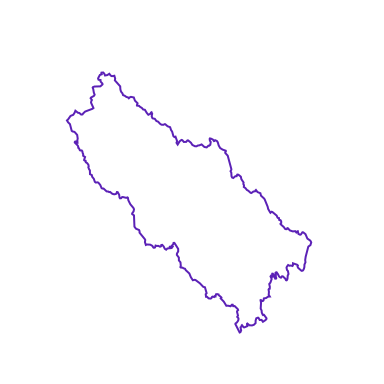 Tver', Natural Earth projection, rotated 62°
{"feature_id": "RUS-2358", "entity_name": "Tver'", "entity_type": "Region", "adm_level": 1, "iso_a3": "RUS", "parent_name": "Russia", "parent_adm1": "", "projection": "natural_earth1", "projection_center": [34.924, 57.251], "detail": "fine", "context": "isolated", "style": "outline", "palette": "violet", "viewbox_px": 384, "rotation_deg": 62, "n_neighbors": 0, "source": "natural_earth", "source_scale": "10m", "svg_char_len": 6064}
<svg xmlns="http://www.w3.org/2000/svg" viewBox="0 0 384 384"><g transform="rotate(62 192 192)"><path d="M312.3,129.2L313.3,130.7L313.4,131.3L313.0,132.3L308.8,133.9L307.3,133.8L306.6,133.0L305.5,133.4L302.4,136.3L303.9,137.1L304.5,138.0L303.4,139.1L302.8,140.6L301.6,141.4L302.5,143.3L303.2,144.1L305.4,144.7L306.9,144.4L309.7,145.3L310.7,146.7L313.5,148.5L314.4,149.7L314.4,150.0L314.0,150.4L312.5,150.3L309.3,151.3L308.7,152.0L309.4,153.7L308.3,154.5L307.1,154.8L304.9,154.7L302.6,155.0L302.4,155.8L302.7,156.4L304.6,156.9L306.0,157.7L307.6,158.0L307.9,158.4L307.6,159.2L306.0,159.2L303.3,158.7L302.0,159.0L301.8,159.5L302.8,160.2L304.0,160.2L304.6,160.8L304.3,161.3L303.1,161.7L303.4,162.3L306.2,162.5L308.8,165.3L309.5,167.0L312.3,167.8L313.9,168.8L313.7,169.6L314.1,170.2L316.4,171.0L318.7,172.5L320.8,172.4L320.1,173.9L320.4,176.4L319.7,178.5L321.3,179.8L321.5,180.7L321.2,181.3L319.7,181.9L319.7,182.3L322.3,183.1L327.2,186.1L329.3,186.2L331.2,187.0L333.6,187.2L334.0,187.1L334.1,186.2L334.3,186.1L338.4,185.5L339.0,185.8L339.6,187.2L339.9,190.3L337.6,190.6L336.8,192.3L334.2,192.4L333.9,192.8L333.7,194.5L335.4,196.2L337.6,197.4L338.3,199.7L338.0,201.6L336.7,203.8L334.1,204.9L334.2,205.3L334.6,205.5L336.4,206.1L336.1,209.4L335.7,209.9L333.0,210.4L333.1,210.8L334.0,211.4L334.3,212.7L337.3,213.6L338.5,215.1L338.4,215.9L328.9,215.7L328.5,215.3L328.3,213.7L327.2,211.6L325.9,210.5L325.1,210.3L323.5,210.7L322.7,209.4L318.9,208.5L318.4,208.1L317.9,206.7L316.8,206.6L312.7,207.9L312.2,209.1L310.6,209.0L310.3,209.7L311.0,210.3L310.6,211.2L310.9,211.7L309.2,213.7L308.6,215.1L303.7,215.4L299.5,216.6L299.1,215.6L298.7,215.6L295.4,216.9L294.9,216.7L293.9,217.8L293.6,218.9L295.3,220.3L294.6,221.0L295.1,221.8L294.0,223.0L294.1,223.7L294.9,224.8L294.8,225.7L293.7,227.3L291.6,227.9L291.1,228.8L288.7,227.9L288.2,226.6L282.2,225.3L281.0,226.6L276.3,227.9L271.4,230.2L270.8,230.8L270.3,232.7L266.6,233.0L262.7,232.6L258.1,234.2L256.5,234.2L255.3,235.4L254.4,235.8L253.5,237.3L252.8,237.5L252.0,236.6L248.7,235.2L246.3,235.7L243.7,234.4L240.4,234.9L239.3,234.2L238.0,232.1L235.7,230.9L229.0,231.4L228.5,231.6L228.3,232.2L229.3,233.1L230.0,235.1L231.1,234.6L231.9,236.3L231.6,237.1L230.5,236.5L229.9,237.2L230.0,237.5L230.8,237.9L231.0,238.4L230.3,240.3L230.8,241.9L229.3,242.7L226.9,242.6L224.7,243.1L224.4,244.0L225.4,244.9L225.3,245.9L223.7,247.1L223.2,248.3L222.2,249.3L223.6,250.7L223.4,251.8L222.8,252.2L220.9,252.3L218.9,253.6L217.2,256.4L217.1,257.6L214.2,257.1L212.4,255.8L211.5,255.8L203.3,257.4L201.9,256.7L200.7,256.6L198.1,258.7L195.6,259.1L185.4,254.2L183.4,255.2L182.8,254.9L181.7,252.7L180.0,251.3L178.6,251.2L173.9,252.2L169.5,252.1L166.9,251.3L166.4,251.6L166.3,252.8L163.9,255.5L163.7,256.2L164.2,257.5L163.8,258.5L162.9,258.6L160.2,257.6L157.2,257.7L156.8,258.3L157.9,259.6L158.0,260.2L157.5,261.8L156.2,263.2L153.5,264.3L153.2,265.2L152.3,265.7L151.4,267.1L147.4,268.5L146.9,269.5L146.2,270.0L142.7,269.7L139.8,270.3L139.1,270.9L138.5,272.5L137.4,273.0L134.2,272.5L131.7,273.0L130.0,272.5L128.4,273.7L124.9,272.0L123.6,272.2L121.4,271.9L120.9,271.2L119.3,270.7L117.3,271.0L115.9,271.8L114.5,271.3L114.0,272.0L113.1,272.3L110.9,270.0L108.9,271.1L107.5,270.3L106.0,270.2L104.6,269.7L103.5,269.9L102.9,271.1L102.5,271.4L100.3,271.3L99.6,271.7L98.3,271.1L97.2,271.1L93.3,272.3L92.9,272.1L92.6,271.6L92.8,270.9L94.6,270.4L94.8,270.0L92.6,269.0L91.1,267.8L87.7,266.6L84.2,267.4L83.6,267.7L82.4,269.1L81.5,269.5L74.8,267.9L72.2,268.7L70.1,268.8L69.8,267.5L67.8,263.5L68.1,260.6L66.8,258.3L65.5,256.8L68.5,255.5L69.3,254.4L71.6,253.5L72.1,252.3L71.5,251.1L70.8,248.6L71.8,240.8L71.6,239.6L65.7,239.2L64.4,238.2L63.8,237.2L61.6,237.5L61.2,236.9L61.1,233.5L60.4,232.3L58.1,232.0L54.8,230.9L53.2,230.7L52.9,230.2L53.1,228.6L55.7,223.3L55.0,220.5L54.2,220.2L51.5,220.9L50.2,220.2L49.0,221.8L47.8,221.7L47.2,221.1L45.4,218.4L45.7,216.5L44.5,216.3L44.1,215.9L44.8,214.3L46.3,213.9L48.3,214.1L49.0,211.9L48.8,209.5L50.7,209.2L51.8,208.7L52.4,207.7L52.9,206.0L55.8,206.6L57.2,207.7L65.0,205.8L67.6,207.0L69.2,207.4L70.4,207.5L72.3,207.1L74.1,207.4L75.3,206.3L77.3,205.3L78.4,204.1L79.6,203.8L79.2,202.2L79.3,201.3L81.2,199.0L84.5,199.5L88.1,198.4L89.5,199.9L89.9,200.0L91.1,198.3L92.2,198.0L94.3,196.8L96.2,196.4L97.3,195.0L100.9,194.8L103.3,194.3L103.4,192.0L102.6,191.0L102.6,190.3L104.2,190.4L106.1,192.0L108.0,192.3L108.6,192.1L109.9,190.5L112.6,190.1L114.0,188.9L116.7,188.2L118.2,187.4L119.2,185.8L119.3,184.2L119.6,183.8L122.5,182.7L124.5,180.9L127.4,181.4L129.4,181.2L133.9,182.2L135.3,181.7L135.4,180.6L140.3,181.3L141.0,182.4L141.5,182.6L143.4,182.4L141.4,179.0L141.1,176.8L141.7,176.2L144.0,175.7L145.0,173.6L144.3,171.8L144.6,171.2L148.0,169.8L150.6,169.6L153.0,167.9L153.8,166.5L153.7,165.0L154.2,163.8L154.5,161.2L158.1,159.9L159.5,158.1L158.8,155.7L159.2,155.1L158.9,153.7L156.7,152.0L155.1,152.1L153.4,151.5L153.1,151.0L154.0,150.0L155.6,148.9L157.4,148.7L157.5,148.3L157.1,147.3L158.6,146.1L160.2,145.9L163.5,146.6L166.4,146.5L168.9,145.1L171.4,142.8L172.1,143.1L172.5,144.0L173.2,144.3L176.7,143.4L190.2,146.5L190.8,146.8L191.7,148.2L193.3,148.2L196.6,149.7L198.0,149.8L199.0,149.0L198.4,146.3L199.0,145.2L197.9,143.9L198.1,143.3L199.2,142.6L201.4,141.7L203.9,142.4L207.8,142.0L209.0,142.9L210.4,142.9L211.9,143.9L213.6,143.0L215.9,142.6L217.3,141.7L220.1,140.7L220.7,140.2L220.7,139.3L220.4,137.6L221.0,135.8L220.3,135.0L220.2,134.6L222.8,134.2L225.2,132.2L227.6,132.8L231.6,131.4L232.7,131.3L240.5,132.1L242.7,132.7L246.5,132.6L247.2,132.5L246.8,131.0L247.4,130.4L252.6,128.3L254.6,128.5L255.4,128.2L255.8,127.5L257.7,128.1L258.1,127.8L258.4,127.1L259.7,127.0L261.3,127.8L261.6,128.8L262.0,128.9L266.4,127.3L268.1,127.2L268.8,126.7L269.3,125.8L269.1,125.1L268.7,124.7L268.9,124.4L271.9,123.6L274.1,121.5L275.1,119.2L276.7,118.9L276.2,117.4L276.3,117.0L279.0,117.7L280.5,116.6L280.6,115.8L279.4,113.4L279.9,112.7L282.5,111.6L287.3,112.0L290.2,110.5L291.3,110.3L292.5,110.4L294.5,112.4L294.8,114.8L295.1,115.2L302.5,122.0L305.2,124.0L307.3,124.8L308.9,126.8L311.0,128.0L312.3,129.2Z" fill="none" stroke="#5b21b6" stroke-width="2"/></g></svg>